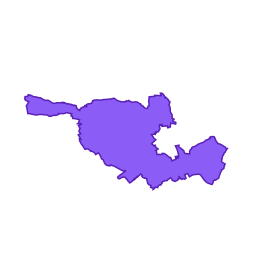 Nogales, Veracruz, Mexico, rotated 303°
{"feature_id": "50627088B81981974228301", "entity_name": "Nogales", "entity_type": "district", "adm_level": 2, "iso_a3": "MEX", "parent_name": "Mexico", "parent_adm1": "Veracruz", "projection": "natural_earth1", "projection_center": [-97.192, 18.835], "detail": "fine", "context": "isolated", "style": "filled", "palette": "violet", "viewbox_px": 256, "rotation_deg": 303, "n_neighbors": 0, "source": "geoboundaries", "source_scale": "gbopen_adm2", "svg_char_len": 5872}
<svg xmlns="http://www.w3.org/2000/svg" viewBox="0 0 256 256"><g transform="rotate(303 128 128)"><path d="M114.0,199.9L114.7,200.3L114.8,200.8L114.4,201.3L115.6,201.9L115.6,202.1L116.3,202.4L116.1,202.4L115.9,203.4L117.3,204.1L119.0,202.1L119.7,201.0L122.3,202.9L120.5,206.1L123.9,207.8L126.2,210.3L126.4,210.7L127.9,212.7L128.2,214.3L125.7,220.7L125.2,223.8L125.4,225.3L126.1,228.5L126.4,229.2L126.7,229.3L128.6,229.1L129.9,228.5L130.5,228.4L131.4,229.3L132.1,229.2L132.2,229.9L132.7,230.2L135.6,231.4L137.2,230.7L142.1,229.7L143.4,229.7L144.1,229.2L144.7,229.8L146.3,230.4L147.9,229.7L149.6,229.2L150.7,229.1L150.6,227.3L150.6,224.9L152.5,223.8L153.3,223.8L155.0,222.8L158.0,222.6L159.7,222.2L160.4,222.7L162.3,222.4L164.9,222.5L164.3,221.1L164.9,220.2L165.0,219.2L164.8,218.5L164.9,216.3L164.7,214.2L164.2,212.8L164.1,211.6L165.2,208.6L165.9,207.9L167.6,205.1L167.4,204.5L166.5,203.0L165.6,202.0L164.5,201.8L164.5,202.3L163.8,202.7L162.8,201.6L161.6,201.1L160.1,199.9L158.3,199.5L157.3,199.1L152.7,195.7L150.1,194.6L149.6,194.6L148.8,194.1L148.0,193.0L146.4,192.2L145.6,192.6L145.0,192.6L144.0,192.1L141.9,192.4L139.8,193.9L137.6,189.4L138.6,187.9L139.4,187.2L139.9,181.0L140.2,180.6L141.3,180.1L138.8,177.5L137.2,180.2L135.9,181.9L133.3,184.7L130.4,186.6L129.4,185.5L131.0,184.5L129.9,183.2L127.9,185.3L124.3,182.5L125.1,181.8L126.5,179.7L125.9,179.2L126.4,174.4L126.4,172.3L125.3,170.5L124.8,171.0L123.8,170.3L122.3,167.6L121.5,166.8L124.5,164.0L124.4,163.6L126.8,164.7L127.0,161.8L127.5,161.1L128.3,160.4L128.4,160.0L127.2,159.6L127.7,156.4L133.3,157.7L133.5,155.3L134.5,153.3L135.2,151.2L137.0,153.3L137.8,153.3L137.7,154.2L138.8,153.7L139.2,154.3L140.0,153.5L141.3,155.5L144.7,155.3L145.9,154.0L147.4,152.8L147.9,153.5L148.2,153.2L148.6,153.5L149.5,154.7L149.4,155.2L149.1,155.3L148.6,154.8L148.3,154.9L148.0,155.1L147.9,155.7L151.3,159.9L149.8,161.1L150.5,162.0L151.0,161.7L151.8,162.9L155.5,161.2L157.2,165.8L158.1,165.5L158.7,165.1L158.7,164.6L158.1,163.0L158.2,161.9L158.7,161.3L159.0,161.3L159.4,161.4L159.9,162.0L160.4,161.9L160.6,161.2L160.2,160.2L160.3,159.3L161.4,159.0L162.0,158.4L162.9,158.0L163.3,157.4L163.5,156.5L163.7,156.4L164.6,154.8L166.5,153.3L167.4,152.8L168.5,151.6L168.8,150.9L169.5,150.4L169.8,149.7L172.3,149.1L172.9,148.8L172.9,148.1L172.8,147.8L173.8,146.0L174.3,143.0L174.3,142.7L174.1,142.6L173.5,142.6L173.5,142.3L174.5,141.4L175.5,139.2L175.6,138.5L175.4,136.9L174.8,136.2L173.3,138.3L169.9,132.6L169.2,133.2L165.7,128.8L165.0,129.0L164.1,129.7L161.9,130.6L161.2,131.1L160.2,132.2L157.9,133.6L157.3,133.0L155.6,133.5L154.8,133.5L153.8,131.1L154.1,129.5L154.6,129.3L154.6,128.9L154.2,128.2L154.6,127.0L154.3,126.1L155.1,125.5L155.1,125.1L154.7,124.0L154.8,121.6L153.8,119.7L153.1,119.0L152.5,118.1L151.7,117.4L151.6,115.7L151.3,114.5L151.6,113.7L150.6,113.3L150.3,112.7L149.6,112.2L150.0,112.2L149.7,111.6L148.7,111.4L148.2,111.0L146.4,108.3L145.2,104.2L145.4,100.3L145.2,99.8L143.3,98.1L140.2,94.3L138.4,91.8L137.1,90.6L136.1,89.4L134.7,86.6L133.1,84.6L131.7,83.5L131.4,84.0L130.3,83.8L129.5,84.2L127.8,83.1L127.2,82.2L126.1,81.0L125.1,80.6L123.3,81.7L123.1,81.3L124.2,80.3L123.8,79.9L123.4,79.9L123.1,79.6L122.6,79.9L121.9,79.5L121.1,79.5L120.8,78.6L119.3,77.7L117.8,77.8L117.4,77.5L117.2,77.8L116.3,78.0L116.2,77.8L116.3,76.1L116.5,75.7L116.4,74.9L116.5,74.4L118.1,72.9L118.5,72.1L117.8,70.5L117.2,70.4L117.5,69.9L117.1,68.7L116.6,67.9L116.9,67.5L115.8,65.4L116.0,64.9L114.8,63.3L114.9,61.7L114.3,61.1L114.6,60.8L114.5,60.4L114.1,60.3L114.1,59.7L113.9,59.2L113.4,59.5L113.1,58.4L112.3,57.6L111.4,56.1L110.0,54.0L109.1,53.8L107.7,51.0L107.9,49.5L107.8,49.1L107.9,46.6L107.7,46.0L106.2,43.7L105.8,41.9L105.7,39.8L105.6,39.3L105.7,38.8L105.7,38.1L104.3,35.6L104.2,34.2L103.0,32.3L102.7,30.7L102.6,29.0L101.6,26.2L101.1,26.3L101.3,27.2L100.5,26.4L99.5,26.2L98.3,24.6L97.6,25.1L96.6,25.1L95.4,26.9L96.0,30.5L91.1,30.7L90.5,31.6L85.5,36.2L86.5,37.7L87.2,39.9L88.7,43.5L89.4,44.7L90.3,45.3L92.2,47.9L93.0,49.7L94.7,52.7L95.0,54.3L94.9,55.4L95.5,56.5L98.7,59.3L99.1,60.4L101.1,62.1L101.9,62.5L102.3,62.1L102.3,62.4L102.7,62.9L103.1,63.2L104.7,65.8L106.1,67.2L107.5,68.1L108.0,69.8L109.3,72.9L108.6,72.8L107.1,73.7L107.6,74.7L105.9,76.5L107.0,78.5L108.6,82.9L106.2,83.4L105.6,83.7L105.1,83.5L104.8,83.7L104.3,83.5L105.5,85.7L106.2,86.0L105.6,87.0L103.1,85.1L102.4,86.5L101.6,87.3L101.8,88.1L99.4,88.3L98.7,88.6L98.3,89.0L98.0,89.5L97.8,90.7L97.4,91.5L96.7,91.2L96.8,90.9L95.7,90.2L95.1,90.0L93.3,94.1L92.7,94.7L92.4,93.2L90.9,94.4L88.9,98.1L88.7,99.1L86.7,103.5L87.5,104.5L88.4,104.9L88.7,107.4L88.1,109.6L89.0,110.1L88.9,111.9L89.1,112.7L88.7,114.1L88.1,115.4L90.1,116.3L90.8,116.4L90.8,117.7L88.6,121.6L87.8,122.6L87.7,123.4L87.8,124.5L85.7,127.7L85.2,128.9L85.2,130.9L86.5,133.6L87.5,133.4L88.5,137.4L89.1,146.4L89.5,147.4L90.8,148.8L90.6,149.4L82.6,146.4L81.6,146.1L80.8,146.3L80.5,146.9L80.4,147.8L81.0,148.7L82.9,149.6L84.4,150.9L84.9,152.0L85.0,152.7L84.4,154.0L84.3,155.4L83.6,156.6L83.1,158.8L82.8,159.2L83.5,159.7L84.8,160.3L85.9,160.4L86.5,160.7L87.6,161.2L87.7,160.7L88.1,160.8L88.0,161.3L88.5,161.5L88.7,160.9L89.2,161.1L89.0,161.7L89.5,161.8L90.5,161.6L91.0,162.4L92.0,162.6L92.1,162.0L92.6,162.2L92.6,162.8L96.4,163.7L96.3,164.2L96.0,164.2L96.1,165.7L95.1,165.9L94.6,167.0L95.0,169.7L95.9,170.9L92.1,174.9L92.0,175.6L92.1,176.2L91.8,176.7L92.1,177.3L92.2,178.9L92.0,179.1L90.6,179.1L90.5,179.4L90.8,180.8L91.4,182.1L90.2,182.5L91.1,183.0L91.8,183.1L93.3,182.9L93.8,184.6L94.2,185.3L95.5,185.1L95.9,184.9L97.2,185.4L98.0,186.5L100.5,186.6L100.7,186.1L102.0,186.3L104.2,188.1L105.3,189.5L106.8,189.6L107.3,190.1L108.5,190.3L109.5,190.8L109.0,192.3L108.2,193.7L108.9,196.6L110.9,197.8L111.2,197.8L111.5,198.0L112.0,197.9L112.3,198.3L112.6,198.4L112.7,198.1L113.4,197.9L113.9,198.1L114.7,197.2L115.1,197.2L114.9,198.2L114.6,198.4L114.4,198.9L114.1,199.3L114.0,199.9Z" fill="#8b5cf6" stroke="#5b21b6" stroke-width="1.5"/></g></svg>